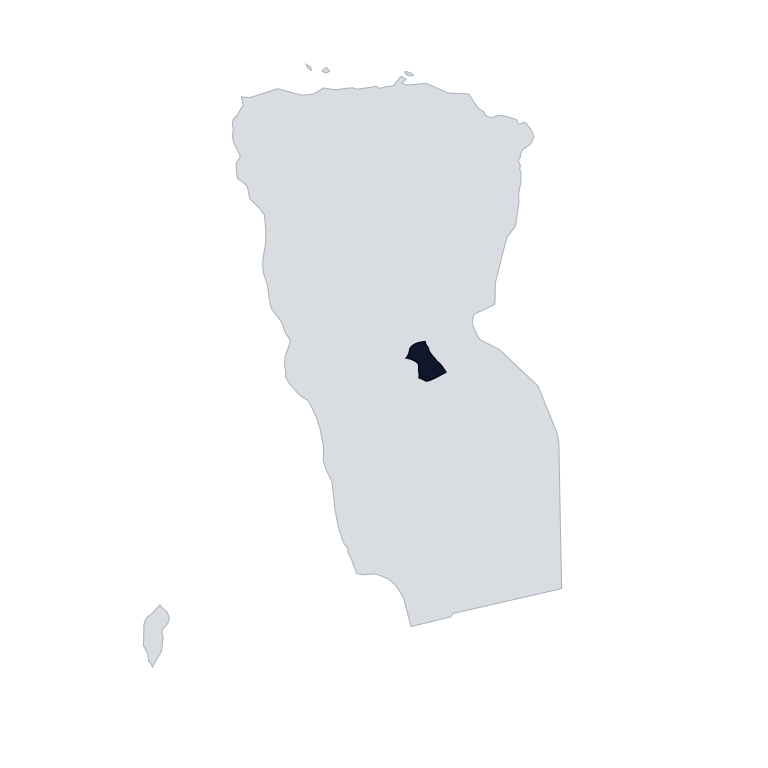 Hajar As Say'ar, Hadramawt, Yemen shown in context, rotated 98°
{"feature_id": "15242507B41377814655385", "entity_name": "Hajar As Say'ar", "entity_type": "district", "adm_level": 2, "iso_a3": "YEM", "parent_name": "Yemen", "parent_adm1": "Hadramawt", "projection": "natural_earth1", "projection_center": [48.005, 16.297], "detail": "fine", "context": "in_parent", "style": "filled", "palette": "ink", "viewbox_px": 768, "rotation_deg": 98, "n_neighbors": 0, "source": "geoboundaries", "source_scale": "gbopen_adm2", "svg_char_len": 6994}
<svg xmlns="http://www.w3.org/2000/svg" viewBox="0 0 768 768"><g transform="rotate(98 384 384)"><path d="M620.4,323.5L594.2,334.4L587.4,339.2L581.1,345.2L576.4,352.7L573.2,365.8L575.8,377.8L575.6,384.3L568.8,388.5L562.5,391.6L555.5,396.3L551.2,397.4L547.7,401.2L543.7,403.8L529.0,410.5L513.0,415.7L487.6,422.0L477.8,428.8L468.8,433.5L455.2,434.9L436.6,441.3L426.2,446.5L413.3,454.9L410.5,457.6L408.2,463.8L404.2,469.2L396.5,477.9L390.7,482.5L386.8,482.7L379.2,485.2L370.3,485.7L355.2,482.6L351.3,484.7L348.2,488.2L336.6,494.2L324.8,506.2L316.1,509.4L302.2,513.2L292.4,518.2L285.9,520.2L277.4,521.3L261.8,520.8L247.0,522.6L233.2,526.0L226.8,532.4L219.4,542.6L207.4,546.8L204.5,550.4L200.8,557.9L193.0,559.9L186.0,561.1L178.8,557.8L165.2,566.9L160.0,568.4L152.2,568.8L146.7,570.6L142.7,570.1L137.8,566.6L127.3,562.3L119.6,565.1L119.0,556.5L106.4,530.3L109.2,507.5L109.2,504.3L106.7,494.2L99.2,484.9L99.5,473.1L97.0,464.6L95.0,456.0L95.7,453.7L95.8,451.6L92.0,438.2L90.7,435.5L90.3,432.7L91.6,430.6L91.5,428.1L89.5,424.0L87.4,416.2L77.1,410.1L79.2,404.4L81.2,406.4L83.9,408.1L84.5,404.4L84.6,401.6L80.4,384.3L86.9,361.2L85.0,340.4L94.7,332.0L97.2,329.5L98.7,327.3L101.0,322.5L104.1,321.0L105.3,316.0L105.2,313.5L103.2,311.3L101.7,305.5L102.3,298.1L102.8,295.0L103.9,289.4L107.3,287.3L108.1,285.7L105.5,282.1L105.7,280.0L111.6,274.0L113.9,272.2L117.6,270.4L120.5,270.4L123.9,271.4L126.9,273.1L129.8,276.1L132.9,279.6L137.6,280.9L140.9,280.6L143.5,282.1L145.7,281.2L148.2,279.5L152.3,279.6L155.9,277.6L166.3,276.6L176.2,277.2L186.6,275.5L197.0,275.7L207.5,275.8L209.8,276.0L212.1,277.1L220.9,282.4L227.6,283.5L241.1,284.9L255.4,286.5L267.9,287.8L278.4,286.6L287.2,285.5L289.6,285.7L292.2,289.0L297.5,297.1L302.5,304.8L311.2,305.2L316.8,302.3L323.0,298.3L326.7,295.1L331.1,282.6L333.9,274.5L340.3,265.4L345.8,257.8L352.9,247.7L356.9,242.1L364.7,231.1L372.1,226.8L386.5,218.5L400.6,210.4L409.8,205.1L417.6,202.7L430.7,200.6L446.1,198.1L461.5,195.7L477.9,193.1L496.2,190.2L508.7,188.2L524.7,185.6L538.0,183.5L549.8,181.6L561.9,179.7L564.3,185.8L566.6,191.9L568.9,198.1L571.3,204.2L573.6,210.3L575.9,216.4L578.3,222.5L580.6,228.7L582.9,234.8L585.3,240.9L587.6,247.0L590.0,253.1L592.3,259.2L594.6,265.4L597.0,271.5L599.3,277.6L601.6,283.6L605.3,285.6L607.6,291.2L610.8,299.3L614.0,307.3L617.2,315.4L620.4,323.5ZM657.4,568.9L660.6,569.6L665.5,567.5L679.5,567.2L696.5,574.0L693.3,575.8L691.5,578.3L684.0,580.5L676.6,585.7L655.1,588.3L648.8,586.9L643.6,581.8L634.0,575.2L637.8,571.0L638.6,569.1L640.0,567.2L645.4,564.0L650.8,564.6L657.4,568.9ZM83.4,487.3L82.7,488.6L81.7,488.3L78.5,485.0L82.1,481.4L84.0,484.8L83.4,487.3ZM73.6,405.8L72.0,407.2L71.5,404.8L72.6,399.4L74.3,397.9L75.4,401.8L74.7,404.0L73.6,405.8ZM81.6,503.6L78.2,505.5L80.6,500.6L83.0,499.6L83.7,499.8L81.6,503.6Z" fill="#d9dde1" stroke="#a8b0b8" stroke-width="1"/><path d="M363.8,324.4L363.7,324.4L363.7,324.5L363.4,324.7L363.3,324.8L363.1,324.9L362.9,325.1L362.6,325.3L362.4,325.5L362.1,325.7L361.8,326.0L361.5,326.2L361.2,326.5L360.9,326.8L360.6,327.1L360.3,327.4L360.2,327.5L359.8,327.8L359.6,328.0L359.3,328.3L359.0,328.6L358.7,328.8L358.4,329.1L358.1,329.4L357.9,329.6L357.7,329.9L357.5,330.1L357.3,330.4L357.2,330.4L357.0,330.6L356.7,330.9L356.4,331.3L356.1,331.7L355.8,332.0L355.7,332.3L355.4,332.7L355.4,332.8L355.3,333.0L355.2,333.2L355.0,333.5L354.8,333.9L354.5,334.3L354.3,334.7L354.1,334.8L354.0,335.0L353.6,335.4L353.4,335.6L353.0,336.0L352.7,336.3L352.4,336.6L352.1,336.9L351.7,337.2L351.4,337.6L351.1,337.9L351.0,338.1L350.9,338.2L350.6,338.5L350.4,338.8L350.1,339.2L349.7,339.6L349.5,339.9L349.2,340.2L348.9,340.5L348.6,340.9L348.4,341.1L348.0,341.5L347.7,341.8L347.3,342.1L347.1,342.3L346.9,342.4L346.7,342.7L346.3,343.0L346.0,343.3L345.7,343.5L345.4,343.7L345.2,343.8L344.7,344.1L344.4,344.2L344.0,344.4L343.8,344.5L343.6,344.6L343.4,344.6L343.2,344.7L342.9,344.9L342.7,345.0L342.2,345.3L341.8,345.5L341.5,345.8L341.2,346.1L340.9,346.4L340.7,346.6L340.5,346.8L340.3,347.0L340.0,347.4L339.6,347.6L339.3,347.9L339.0,348.1L338.5,348.4L338.3,348.5L338.1,348.6L337.8,348.8L337.6,348.8L337.4,348.9L337.0,349.1L336.7,349.2L336.4,349.2L336.4,349.5L336.4,349.9L336.4,350.0L336.5,350.2L336.5,350.4L336.6,350.6L336.6,350.9L336.7,351.2L336.8,351.3L336.9,351.7L337.0,351.8L337.1,352.1L337.2,352.5L337.4,352.9L337.5,353.3L337.7,353.7L337.7,353.8L337.8,354.1L338.0,354.6L338.1,354.9L338.1,355.0L338.2,355.3L338.3,355.5L338.5,355.8L338.6,356.1L338.7,356.4L338.8,356.5L339.0,356.9L339.2,357.3L339.4,357.7L339.6,358.0L339.8,358.4L340.1,358.7L340.2,358.9L340.3,359.0L340.6,359.3L340.8,359.7L341.1,360.0L341.5,360.3L341.7,360.6L342.0,360.9L342.3,361.2L342.6,361.4L342.6,361.5L342.9,361.7L343.1,361.8L343.2,362.0L343.5,362.2L343.7,362.3L343.9,362.4L344.2,362.6L344.5,362.7L344.6,362.8L344.9,363.0L345.2,363.0L345.3,363.1L345.6,363.2L346.0,363.3L346.4,363.3L346.6,363.3L346.8,363.3L347.0,363.3L347.3,363.3L347.6,363.3L348.0,363.3L348.3,363.3L348.7,363.3L348.9,363.4L349.1,363.4L349.5,363.4L349.9,363.5L350.0,363.5L350.3,363.6L350.5,363.6L351.0,363.8L351.4,363.9L351.7,364.0L351.8,364.0L352.1,364.1L352.3,364.2L352.8,364.3L353.1,364.5L353.5,364.6L353.8,364.8L354.3,365.1L354.7,365.3L355.1,365.6L355.1,365.4L355.1,364.9L355.2,364.5L355.2,363.9L355.3,363.4L355.3,363.1L355.3,362.6L355.4,362.0L355.5,361.7L355.5,361.2L355.6,360.7L355.7,360.3L355.8,359.9L355.9,359.5L356.0,359.2L356.2,358.5L356.4,358.0L356.5,357.6L356.7,357.0L356.9,356.6L357.0,356.2L357.2,355.7L357.4,355.4L357.6,354.9L357.9,354.6L358.0,354.3L358.1,354.2L358.3,353.9L358.6,353.5L358.9,353.3L359.3,352.9L359.6,352.7L359.9,352.5L360.2,352.4L360.3,352.3L360.5,352.3L360.7,352.2L361.1,352.1L361.5,352.1L361.9,352.0L362.2,352.0L362.6,352.0L363.0,351.9L363.3,351.9L363.5,351.9L363.8,351.9L364.0,351.9L364.3,351.9L364.7,351.8L365.1,351.7L365.5,351.6L365.9,351.4L366.2,351.3L366.7,351.2L366.8,351.2L367.2,351.0L367.3,351.0L367.6,350.9L368.0,350.8L368.4,350.7L368.8,350.6L369.3,350.5L369.8,350.4L370.0,350.4L370.6,350.3L370.9,350.3L371.1,350.3L371.7,350.3L371.9,350.3L372.2,350.3L372.6,350.3L372.9,350.3L372.9,350.2L373.0,350.0L373.0,349.8L373.1,349.3L373.2,349.1L373.2,348.9L373.3,348.4L373.4,348.2L373.5,347.6L373.7,347.2L373.8,346.8L373.9,346.6L374.0,346.3L374.1,345.9L374.3,345.4L374.4,345.0L374.4,344.9L374.6,344.5L374.7,344.2L374.9,343.8L375.0,343.4L375.1,342.9L375.1,342.5L375.1,342.4L375.0,341.9L374.9,341.5L374.8,341.2L374.6,340.7L374.4,340.2L374.2,339.7L374.0,339.3L373.9,339.0L373.8,338.9L373.5,338.4L373.3,338.1L373.1,337.9L373.0,337.7L372.8,337.4L372.6,337.0L372.4,336.7L372.2,336.3L372.1,336.2L371.9,335.9L371.6,335.5L371.4,335.2L371.1,334.8L370.9,334.3L370.7,334.1L370.4,333.7L370.2,333.3L370.1,333.2L369.9,332.8L369.6,332.5L369.3,332.0L369.1,331.7L368.9,331.6L368.8,331.4L368.6,331.2L368.3,330.7L368.1,330.4L367.7,329.9L367.5,329.6L367.2,329.2L366.9,328.8L366.6,328.5L366.3,328.2L366.1,327.8L365.8,327.4L365.6,327.0L365.4,326.7L365.1,326.3L364.9,326.0L364.8,325.9L364.5,325.4L364.2,325.0L363.9,324.6L363.8,324.4Z" fill="#0f172a" stroke="#020617" stroke-width="1.5"/></g></svg>